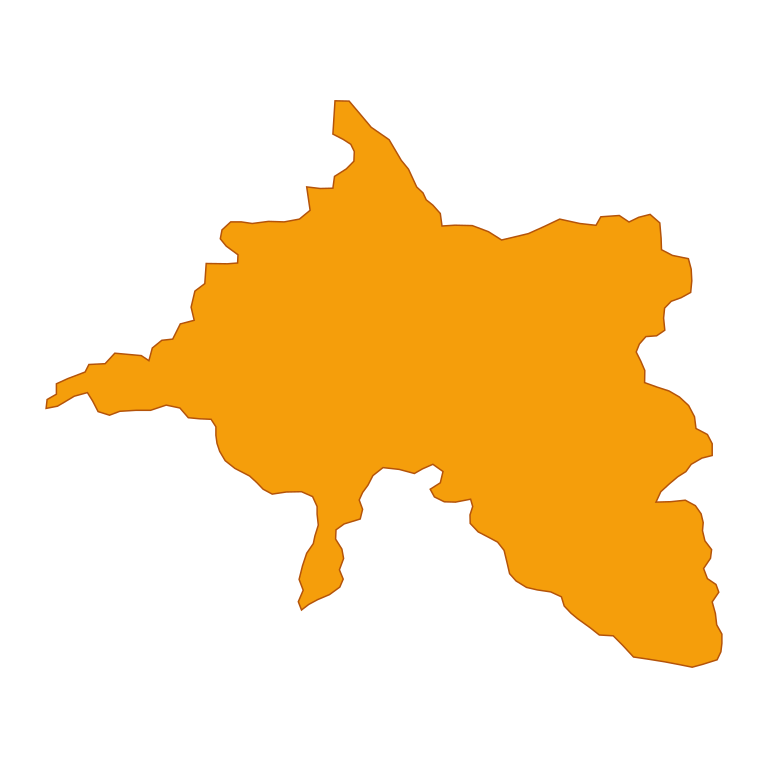 Cuparaque, Minas Gerais, Brazil (Equal Earth projection), rotated 270°
{"feature_id": "56859067B86280863594268", "entity_name": "Cuparaque", "entity_type": "district", "adm_level": 2, "iso_a3": "BRA", "parent_name": "Brazil", "parent_adm1": "Minas Gerais", "projection": "equal_earth", "projection_center": [-41.139, -18.989], "detail": "fine", "context": "isolated", "style": "filled", "palette": "amber", "viewbox_px": 768, "rotation_deg": 270, "n_neighbors": 0, "source": "geoboundaries", "source_scale": "gbopen_adm2", "svg_char_len": 2822}
<svg xmlns="http://www.w3.org/2000/svg" viewBox="0 0 768 768"><g transform="rotate(270 384 384)"><path d="M158.0,301.5L163.6,308.8L168.4,317.7L173.4,329.5L180.9,339.8L188.9,343.2L198.2,339.4L209.5,343.6L218.9,341.9L228.9,335.6L238.2,336.0L244.1,344.2L249.0,360.2L258.7,362.6L268.0,359.2L275.5,362.6L282.9,368.0L292.4,372.9L300.4,383.0L298.6,399.2L294.5,414.4L299.2,422.6L303.7,432.9L296.5,443.0L285.2,440.3L278.8,430.2L271.1,434.4L266.2,444.3L265.9,455.5L268.8,470.6L261.5,472.7L253.1,470.0L244.6,470.2L236.1,478.2L230.5,489.0L225.9,497.6L217.6,504.1L204.3,507.3L194.3,509.6L187.0,516.1L180.6,526.5L178.1,537.2L176.1,550.7L171.2,561.4L162.0,564.2L154.7,571.1L149.3,577.6L140.3,590.1L133.0,599.3L132.2,613.2L122.9,622.5L111.0,633.5L108.8,648.4L106.2,664.6L103.3,679.8L100.8,692.2L103.6,702.5L108.2,717.1L116.2,720.9L124.7,721.9L133.9,721.9L143.2,716.7L154.5,715.4L166.1,712.2L175.8,718.8L183.5,716.0L189.4,707.4L199.5,703.6L209.7,710.5L218.4,711.6L227.2,704.9L237.3,702.5L245.4,703.2L254.2,701.1L262.3,695.4L267.8,685.3L266.3,670.7L265.9,656.0L276.3,660.8L284.3,669.5L291.2,677.7L296.4,685.9L303.7,691.2L309.9,701.9L312.5,712.2L324.3,712.2L333.5,707.4L339.5,696.0L351.3,694.5L362.5,688.6L371.0,679.4L377.0,669.1L380.9,657.1L385.4,644.6L397.5,644.8L406.8,640.8L416.0,636.2L424.0,639.4L431.4,645.9L432.2,656.6L437.8,664.8L449.9,663.6L459.9,664.6L466.7,671.2L470.3,681.1L475.6,690.7L487.2,691.8L498.8,691.2L509.3,688.4L512.6,672.4L518.3,661.5L529.9,661.1L545.1,659.8L553.6,650.1L550.7,638.7L546.0,629.0L552.5,619.3L551.2,600.8L542.7,596.0L544.5,579.8L548.9,559.7L541.7,544.6L534.4,528.4L528.0,501.6L536.3,488.5L542.4,472.3L542.8,455.0L542.0,442.0L554.5,440.3L562.8,432.9L568.2,426.2L575.1,423.0L581.0,416.7L598.8,408.5L607.6,401.3L628.3,389.1L640.7,371.2L654.3,359.8L666.9,349.1L667.2,335.0L633.9,332.9L628.6,343.2L623.7,350.8L616.5,354.3L606.8,353.9L599.1,346.3L591.6,334.5L579.8,332.9L579.5,320.2L581.1,306.7L557.7,310.1L548.9,299.4L546.1,284.2L546.6,268.4L544.5,252.2L546.1,241.4L546.1,230.7L538.1,222.0L529.2,220.3L521.9,226.2L513.2,238.0L505.0,237.6L504.2,227.3L504.5,206.2L484.4,204.8L476.9,194.9L460.8,191.1L447.7,194.2L444.1,180.3L428.9,172.7L427.7,161.8L420.0,152.3L407.3,148.9L412.4,141.3L414.8,114.8L404.3,105.1L403.5,88.9L396.0,85.1L389.4,67.8L384.2,56.4L373.8,56.4L368.5,47.1L359.6,46.1L361.8,57.5L366.9,66.1L371.8,74.3L375.4,87.4L366.9,92.7L356.4,98.1L352.8,109.5L356.7,119.8L357.7,136.1L357.7,150.6L362.9,166.2L360.0,179.9L350.3,188.3L349.2,199.7L348.7,211.1L341.2,215.9L332.7,215.9L324.6,217.0L316.6,219.7L307.3,225.2L299.6,234.9L292.0,249.6L285.2,257.0L278.8,263.1L273.9,272.2L276.0,286.3L276.3,301.5L271.4,312.6L261.5,317.1L253.8,317.1L242.9,318.3L232.0,314.9L224.4,313.3L214.8,306.7L202.2,302.5L188.6,299.1L177.8,303.2L166.3,298.3L158.0,301.5Z" fill="#f59e0b" stroke="#b45309" stroke-width="1.5"/></g></svg>